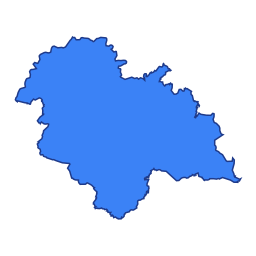 the district of Unión de Tula, Jalisco, Mexico, rotated 90°
{"feature_id": "50627088B89415204754484", "entity_name": "Unión de Tula", "entity_type": "district", "adm_level": 2, "iso_a3": "MEX", "parent_name": "Mexico", "parent_adm1": "Jalisco", "projection": "albers", "projection_center": [-104.245, 20.004], "detail": "fine", "context": "isolated", "style": "filled", "palette": "blue", "viewbox_px": 256, "rotation_deg": 90, "n_neighbors": 0, "source": "geoboundaries", "source_scale": "gbopen_adm2", "svg_char_len": 5799}
<svg xmlns="http://www.w3.org/2000/svg" viewBox="0 0 256 256"><g transform="rotate(90 128 128)"><path d="M99.8,240.6L101.0,239.7L101.6,238.8L100.9,238.8L101.2,237.2L102.7,231.4L103.0,228.8L103.6,228.8L103.5,227.2L104.1,226.5L104.1,225.6L102.0,225.0L99.1,222.5L100.0,220.8L97.9,216.7L98.4,215.2L99.8,213.8L100.1,213.7L100.7,214.4L101.4,214.3L102.1,213.4L104.0,212.9L104.6,212.0L105.3,212.5L106.2,212.0L108.2,213.7L110.6,213.2L114.0,213.4L114.0,212.4L114.4,212.4L117.1,216.0L120.8,218.6L123.0,217.0L123.0,215.7L123.5,215.6L122.0,214.6L123.9,211.9L124.1,210.0L123.7,208.8L124.1,207.4L124.7,207.4L126.7,208.1L130.7,212.4L132.8,212.7L135.3,213.9L136.5,213.5L138.7,214.1L141.8,217.9L142.1,217.2L142.6,217.1L144.0,218.7L146.3,217.9L147.4,218.1L148.0,217.8L149.3,215.8L151.6,215.4L152.5,216.0L153.3,216.1L154.6,215.6L155.0,215.0L154.6,213.9L154.8,213.1L156.3,212.4L157.2,209.6L157.8,209.3L159.8,203.2L159.6,202.2L160.5,200.4L162.8,193.6L163.5,186.5L164.2,186.1L168.2,188.4L171.1,186.3L178.1,184.3L178.2,183.3L179.0,182.7L179.9,180.7L180.1,177.5L181.5,177.6L182.9,177.1L184.3,175.9L184.2,170.4L183.1,169.3L182.9,168.6L184.4,165.7L185.2,164.3L187.4,162.2L187.6,161.6L188.4,162.3L189.5,161.7L192.0,159.0L193.1,159.4L193.6,159.1L196.9,160.3L197.2,159.5L198.2,159.5L198.6,160.1L199.2,160.0L202.5,162.5L204.0,162.6L204.2,161.8L206.4,160.9L206.5,160.4L207.3,161.5L207.9,160.9L208.6,160.7L208.1,159.1L208.5,158.3L208.6,156.3L208.0,154.3L208.7,153.7L209.0,151.7L209.6,151.3L209.3,149.4L210.1,148.7L210.9,149.2L210.9,148.3L211.8,148.3L212.4,147.9L212.2,147.1L212.6,146.5L212.5,145.3L213.4,145.9L214.4,145.8L215.3,144.9L215.2,144.1L216.0,144.6L216.0,142.7L217.6,142.3L217.0,140.5L218.3,138.9L218.4,138.0L218.9,137.8L218.8,134.8L217.2,134.4L217.8,133.5L216.4,132.0L214.3,131.7L214.1,131.2L213.9,131.3L212.8,130.4L211.7,126.6L210.4,125.9L209.8,124.7L210.1,122.9L209.7,122.0L207.9,119.2L206.7,119.6L204.0,118.2L201.7,118.4L200.6,118.0L200.2,117.2L200.1,115.7L198.9,113.7L198.6,112.1L197.3,112.3L196.5,111.3L194.9,111.0L194.5,110.8L195.0,110.2L193.2,109.2L192.7,109.2L192.4,109.6L191.5,109.4L190.8,108.0L193.4,107.7L188.8,107.4L188.6,107.1L187.0,107.2L186.2,107.4L185.9,108.6L185.3,109.0L183.5,108.9L179.5,107.3L179.7,111.3L178.7,111.4L178.7,111.1L178.1,111.1L178.0,109.6L177.1,109.7L176.7,108.3L177.5,108.4L177.8,107.8L177.5,107.3L175.9,107.3L175.9,106.9L174.3,106.5L174.4,106.2L173.4,105.1L173.6,104.5L172.8,105.3L171.5,104.7L170.7,105.2L169.3,102.6L168.6,102.1L169.7,101.5L170.0,101.0L169.8,100.1L170.5,99.4L169.6,97.2L169.8,95.9L170.9,94.4L171.3,89.8L180.7,79.5L180.5,77.1L178.3,74.8L177.7,73.6L177.4,71.9L177.5,70.4L178.1,69.4L177.8,67.8L176.2,66.0L176.3,65.4L175.1,63.5L174.6,63.5L175.2,61.8L175.7,61.9L175.7,61.2L174.7,61.0L175.0,60.2L174.0,60.3L173.0,58.0L176.4,57.1L177.4,53.9L177.8,54.0L178.6,53.0L180.0,52.2L180.4,51.4L179.9,51.2L180.0,48.2L179.3,46.5L178.7,46.2L178.7,42.4L179.1,39.4L178.6,38.0L178.6,37.1L179.0,36.7L177.5,33.5L180.1,25.5L182.2,22.1L182.3,18.3L181.5,18.6L180.9,17.2L181.0,16.6L178.8,15.4L179.2,16.2L179.1,16.7L177.1,20.9L176.5,20.8L176.9,21.3L176.6,21.5L173.6,22.2L170.2,23.7L163.7,21.9L160.0,21.7L158.0,23.3L161.2,23.8L161.4,28.9L160.7,29.9L154.7,33.5L153.0,36.3L151.7,37.4L150.4,40.1L149.5,40.4L147.9,39.9L146.2,40.2L145.1,41.3L140.2,41.3L134.7,33.0L134.2,34.4L133.5,35.1L130.5,36.2L128.1,36.2L126.2,36.9L123.4,39.6L122.6,41.5L122.0,42.0L119.3,42.9L116.8,42.0L113.9,41.9L113.6,42.2L113.4,43.3L115.3,45.2L115.2,49.6L114.3,55.2L113.1,57.0L116.1,58.9L116.6,59.9L117.7,60.4L117.5,61.0L117.1,60.6L116.6,61.0L114.9,59.8L114.2,60.3L112.1,59.1L111.4,59.9L108.8,59.1L107.8,59.7L107.3,59.4L107.7,57.8L106.6,59.5L104.6,58.4L106.2,56.8L105.5,56.6L103.1,58.2L101.7,58.0L101.6,59.1L101.9,59.4L100.9,61.2L101.4,61.6L100.6,62.5L95.5,63.7L94.5,64.8L92.6,65.1L91.4,64.5L88.6,68.9L88.8,70.3L88.2,70.5L88.7,71.1L88.6,71.6L90.8,71.8L91.1,72.5L91.0,73.3L89.3,75.1L89.5,76.8L93.1,78.2L94.1,80.0L94.2,81.9L90.5,84.8L87.9,83.9L84.5,83.7L84.0,84.0L84.3,84.7L83.1,85.4L83.8,86.3L84.4,86.5L83.8,87.0L84.4,88.4L84.6,90.2L85.6,90.7L85.9,91.5L83.7,93.1L82.0,93.4L82.2,94.1L81.5,95.7L81.6,96.7L80.3,96.4L79.4,95.4L79.1,95.8L78.3,95.8L77.8,95.2L77.9,94.9L77.2,94.7L76.9,93.7L75.0,91.9L75.0,91.1L74.0,90.4L72.3,90.4L70.6,87.3L70.8,85.7L70.3,85.1L69.6,86.1L68.8,86.5L68.8,87.7L66.7,88.6L66.2,89.2L64.9,92.2L64.1,92.1L63.6,92.5L64.1,92.9L65.9,93.1L67.0,94.1L66.5,96.5L66.9,97.1L70.8,99.9L71.0,100.5L70.5,101.2L72.1,102.4L72.6,103.5L72.5,104.0L72.9,104.6L72.2,104.8L73.3,106.3L74.2,106.5L76.5,108.6L76.6,109.4L76.2,109.9L74.8,109.4L73.8,109.8L73.7,111.1L74.5,112.0L76.4,112.4L77.6,112.0L77.7,111.5L80.2,111.3L78.7,112.9L77.8,115.4L79.1,117.5L77.8,119.0L78.5,121.3L77.2,124.2L79.4,131.0L77.1,135.4L76.6,135.7L75.3,134.5L74.6,134.5L72.2,135.6L69.2,135.3L68.8,135.6L68.4,137.3L68.0,137.8L66.2,137.4L66.0,135.4L63.9,131.8L63.8,130.7L63.1,129.7L61.8,129.4L60.9,130.0L60.4,130.8L60.3,132.7L60.6,135.1L60.4,137.7L60.9,140.5L59.0,141.1L55.6,139.1L51.6,139.7L51.4,140.1L52.0,142.1L49.2,144.9L48.5,143.6L46.7,142.9L45.9,143.3L45.2,144.2L45.0,145.1L45.4,146.2L46.2,147.1L45.7,149.9L43.7,150.2L40.2,149.2L38.5,149.4L37.9,150.0L37.4,155.3L38.4,157.6L38.6,159.3L41.4,162.1L41.6,162.8L40.5,164.1L40.2,165.5L39.2,166.4L38.4,167.9L38.1,171.7L37.6,173.8L37.8,174.8L39.5,176.0L39.7,176.6L39.8,179.8L37.5,181.3L37.5,183.1L37.1,183.5L39.4,184.8L40.3,185.8L47.0,190.5L47.9,192.8L47.4,194.2L47.8,198.2L46.1,201.9L46.6,203.5L48.2,204.5L52.1,205.3L52.8,206.7L52.9,207.8L52.3,210.3L52.6,211.8L54.5,215.7L56.0,216.8L59.6,216.1L63.3,218.2L63.4,218.5L62.5,221.3L64.1,222.8L68.6,219.6L69.5,223.3L69.4,224.1L70.0,225.5L71.7,226.4L74.4,225.6L77.2,225.9L77.8,226.5L78.6,229.1L79.4,229.8L82.2,230.9L84.1,231.1L86.9,230.6L87.5,231.4L88.5,235.0L89.2,236.2L92.4,237.8L96.6,239.0L97.7,240.0L99.8,240.6Z" fill="#3b82f6" stroke="#1e3a8a" stroke-width="1.5"/></g></svg>